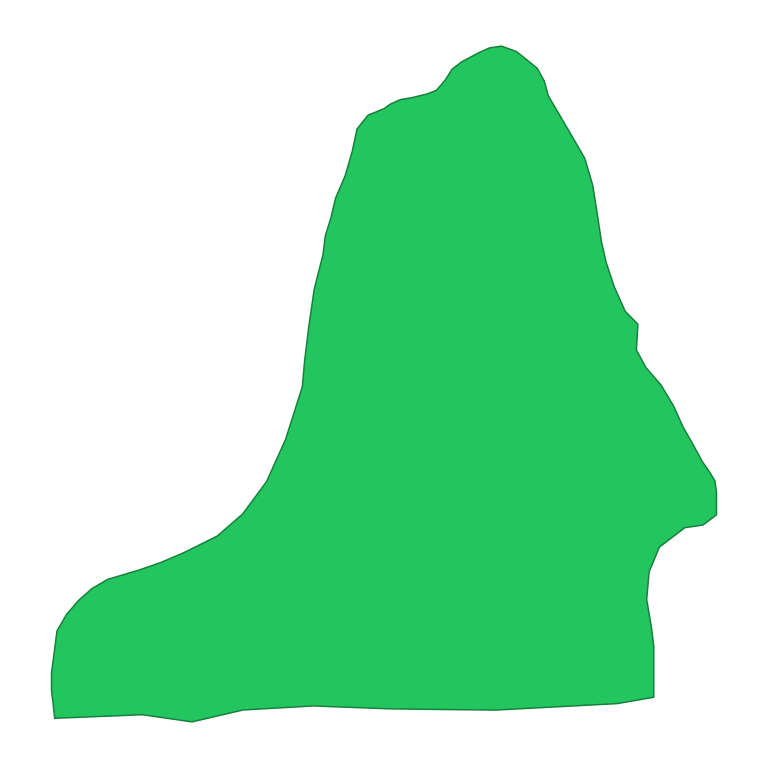 Manutalake, Tuvalu (Natural Earth projection)
{"feature_id": "33948139B42488668501008", "entity_name": "Manutalake", "entity_type": "district", "adm_level": 2, "iso_a3": "TUV", "parent_name": "Tuvalu", "parent_adm1": "", "projection": "natural_earth1", "projection_center": [177.148, -7.242], "detail": "fine", "context": "isolated", "style": "filled", "palette": "green", "viewbox_px": 768, "rotation_deg": 0, "n_neighbors": 0, "source": "geoboundaries", "source_scale": "gbopen_adm2", "svg_char_len": 1092}
<svg xmlns="http://www.w3.org/2000/svg" viewBox="0 0 768 768"><path d="M54.7,718.3L142.2,714.7L192.0,721.9L242.9,710.0L313.9,705.9L327.2,706.5L391.7,708.9L495.1,710.1L617.3,703.6L653.8,697.2L653.8,646.5L651.4,627.2L646.7,599.5L649.1,571.9L659.4,547.1L684.8,527.7L703.0,525.0L716.5,514.8L716.5,492.7L714.9,480.7L708.6,470.6L702.2,461.4L692.7,443.9L683.2,427.3L673.7,406.2L661.0,385.0L645.9,367.5L636.4,350.0L637.9,324.2L625.2,311.3L614.1,286.4L606.2,262.5L601.4,241.3L597.5,215.5L592.7,185.1L584.8,158.4L575.3,141.9L548.3,95.8L544.3,81.1L537.2,68.2L516.5,51.6L501.5,46.1L489.5,47.9L479.2,52.5L461.8,61.7L452.2,69.1L445.1,80.2L436.4,90.3L426.9,94.0L411.8,97.7L400.7,99.5L390.3,104.1L384.0,108.7L368.1,115.1L357.0,129.0L352.3,151.1L345.1,175.9L335.6,198.0L330.8,218.3L325.3,235.8L322.9,255.1L314.2,289.2L308.6,327.9L304.6,361.0L302.3,386.8L285.6,439.3L266.5,481.7L242.7,513.9L217.3,536.0L184.0,552.6L160.2,562.7L138.8,570.1L107.8,579.3L92.0,588.5L78.5,600.5L66.6,614.3L57.0,630.9L54.7,648.4L51.5,673.2L51.5,690.7L53.1,703.6L54.7,718.3Z" fill="#22c55e" stroke="#15803d" stroke-width="1.5"/></svg>